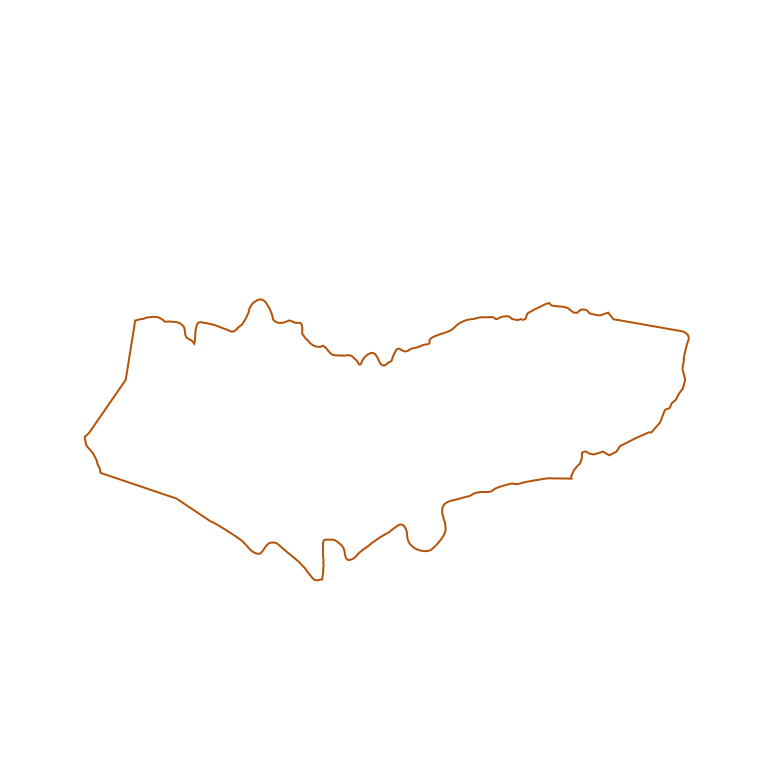 the district of Vige', Vieux Fort, Saint Lucia, rotated 153°
{"feature_id": "8701671B43089055128677", "entity_name": "Vige'", "entity_type": "district", "adm_level": 2, "iso_a3": "LCA", "parent_name": "Saint Lucia", "parent_adm1": "Vieux Fort", "projection": "albers", "projection_center": [-60.936, 13.786], "detail": "fine", "context": "isolated", "style": "outline", "palette": "amber", "viewbox_px": 768, "rotation_deg": 153, "n_neighbors": 0, "source": "geoboundaries", "source_scale": "gbopen_adm2", "svg_char_len": 6161}
<svg xmlns="http://www.w3.org/2000/svg" viewBox="0 0 768 768"><g transform="rotate(153 384 384)"><path d="M570.7,289.1L570.0,289.4L569.4,289.6L561.7,293.6L558.9,294.3L557.6,294.2L555.4,293.4L553.7,292.4L552.6,291.7L551.9,290.7L550.5,287.9L549.0,283.7L548.1,281.8L546.1,276.8L543.0,269.9L540.5,264.0L539.7,260.9L539.1,259.3L538.2,256.0L537.8,254.4L537.6,252.3L537.1,249.5L535.8,243.4L535.4,242.2L534.8,241.1L533.9,240.2L533.1,239.7L531.9,239.1L529.0,238.4L527.7,238.0L526.7,239.8L525.3,241.5L523.2,244.7L522.3,246.5L520.6,249.2L519.7,250.9L519.4,252.2L518.0,254.2L517.2,256.2L516.1,259.3L514.3,262.5L510.4,270.2L509.0,271.7L508.4,272.0L507.7,272.0L506.2,271.6L505.3,271.2L500.6,268.7L499.3,267.7L497.4,265.3L496.9,264.0L495.8,261.3L495.0,258.9L494.6,256.9L494.7,255.2L495.1,253.1L496.3,249.5L496.9,246.0L496.5,244.4L495.8,243.5L494.8,243.0L493.6,242.6L492.7,242.5L491.1,242.3L488.0,242.8L486.3,243.5L483.2,244.7L479.6,245.6L477.2,246.0L474.5,246.3L472.9,246.6L469.9,247.1L467.2,247.8L464.6,248.2L459.7,248.8L457.0,249.2L450.7,249.6L448.8,249.6L446.2,249.7L444.8,250.2L437.5,251.4L434.6,251.7L433.8,251.6L432.4,250.9L431.4,249.9L430.7,248.4L430.4,247.0L430.4,244.2L430.6,243.0L431.0,241.3L431.4,240.3L432.4,237.9L432.9,236.5L433.4,234.6L433.7,233.1L433.6,230.5L433.4,229.3L433.0,227.9L432.4,226.2L431.6,224.6L430.4,222.5L427.8,219.7L426.8,218.8L423.4,216.4L419.6,215.0L418.2,214.9L416.9,215.0L415.4,215.3L411.9,216.3L409.8,217.0L407.0,218.2L402.9,220.1L401.7,220.7L400.1,221.7L398.1,223.1L397.1,224.0L395.7,225.4L394.2,228.5L392.8,232.1L392.5,233.5L392.0,237.0L391.5,239.0L391.2,241.0L390.7,242.7L389.9,244.5L388.8,246.3L388.0,247.4L387.0,248.2L386.0,248.7L384.8,249.4L383.4,249.8L382.1,249.9L380.8,249.9L379.2,249.9L377.1,249.5L372.2,248.3L361.2,246.0L359.5,245.4L357.6,245.3L356.2,245.4L354.4,245.6L353.3,245.6L351.8,245.4L350.9,245.2L348.9,244.4L347.5,244.1L345.9,243.4L340.9,240.8L338.4,239.9L337.3,239.8L336.0,239.8L334.6,239.9L333.3,240.2L332.1,240.3L329.7,240.1L327.1,239.8L322.4,238.9L317.8,237.9L316.1,237.5L314.9,237.1L311.9,234.9L310.2,234.0L309.4,233.8L306.5,233.3L302.6,232.5L298.5,231.2L294.5,230.1L289.5,228.4L285.3,227.2L281.8,225.9L279.6,225.0L278.2,224.3L275.7,222.8L274.0,222.0L270.9,220.4L262.4,215.9L259.9,214.5L258.9,217.0L253.7,221.1L249.0,223.1L245.8,224.0L241.8,227.6L238.7,232.9L235.1,232.5L232.3,228.5L229.1,226.0L222.8,224.8L219.6,224.4L215.7,218.2L207.7,218.2L201.8,221.5L184.7,221.5L170.1,220.7L167.7,219.5L155.4,224.4L147.4,231.7L145.1,233.4L140.3,232.9L136.3,236.2L131.2,237.4L125.6,241.5L119.7,244.3L119.6,244.7L117.1,247.1L113.6,251.4L111.2,261.9L109.0,265.1L105.6,269.6L105.8,269.8L102.9,273.9L96.5,281.3L91.9,285.9L91.2,287.6L91.1,290.5L93.5,294.9L150.2,337.6L151.8,345.8L152.5,345.9L156.9,346.6L160.1,346.9L162.7,348.5L165.8,351.0L168.9,353.8L169.5,357.2L171.4,359.3L175.0,360.9L176.6,360.4L179.9,359.8L182.8,361.8L185.7,368.1L188.4,370.8L197.0,376.3L199.3,378.1L200.1,381.2L204.4,381.9L204.6,381.9L210.3,381.9L217.2,382.1L218.6,381.9L223.3,381.9L225.0,381.1L226.9,379.1L228.2,377.9L230.1,377.8L231.4,378.3L232.7,379.8L235.9,380.2L240.3,383.7L241.4,386.4L241.9,387.2L242.9,388.0L243.6,388.5L244.6,389.0L247.3,390.0L249.3,390.5L250.5,390.6L251.6,390.6L252.6,390.5L253.8,390.6L254.7,391.0L255.3,391.9L255.8,393.0L256.4,393.8L257.5,394.7L258.2,395.1L259.3,395.4L260.0,395.9L261.0,396.2L264.5,398.0L267.8,399.6L268.8,400.0L270.6,400.4L271.8,400.7L273.1,400.9L274.9,401.4L277.3,402.3L280.8,403.4L282.9,403.7L283.9,403.8L285.2,403.8L286.3,404.0L287.2,404.1L288.3,403.9L289.6,403.9L292.3,403.4L295.3,402.5L296.0,402.3L296.8,402.1L298.2,401.8L299.5,401.7L301.3,401.4L304.4,401.9L306.9,402.0L308.3,402.3L311.0,402.9L314.0,403.1L316.7,403.5L319.3,403.6L321.7,403.3L322.2,403.1L323.4,402.4L325.2,399.6L326.0,399.5L326.9,399.5L329.8,400.6L331.2,401.0L332.3,401.1L333.8,401.1L335.3,401.4L336.6,401.4L339.1,401.8L340.3,402.2L341.4,402.4L342.5,402.8L345.0,403.1L346.1,402.9L347.9,402.7L349.0,402.9L350.2,403.3L351.0,403.9L351.7,404.6L352.3,405.4L352.9,406.2L353.3,407.1L353.9,408.1L354.7,408.7L356.8,409.3L357.3,409.1L358.0,408.6L358.8,407.9L361.1,406.5L362.3,405.5L363.3,404.6L365.4,402.6L366.1,401.7L366.4,401.4L368.1,400.9L369.5,401.1L371.2,401.0L373.3,400.3L374.4,400.2L375.3,400.4L376.5,401.2L376.9,401.6L377.6,402.7L377.8,403.2L377.9,404.0L378.0,405.8L378.0,407.0L377.8,410.7L377.9,411.7L378.1,412.9L378.4,414.4L378.9,415.4L379.3,416.2L379.9,416.7L380.5,417.2L381.4,417.6L382.4,417.7L383.3,417.6L383.7,417.6L384.4,417.7L385.2,417.7L386.7,417.4L389.5,416.5L391.7,415.3L393.9,413.8L394.3,413.4L395.0,412.6L396.0,412.2L396.8,412.3L397.3,412.7L397.4,413.4L397.4,415.4L397.6,416.8L399.7,422.9L400.3,424.0L401.2,424.6L401.9,425.4L402.8,425.9L405.9,427.1L408.1,428.1L409.8,429.2L413.5,431.1L416.0,432.9L416.6,433.5L417.4,434.7L417.7,435.6L417.8,436.1L418.5,438.2L418.7,439.4L419.3,442.4L420.1,444.2L421.1,445.9L423.8,445.9L426.4,447.4L428.8,449.4L430.7,452.7L431.5,454.5L432.1,457.9L433.1,459.7L434.1,466.0L431.3,471.1L430.4,474.4L430.4,475.9L431.8,477.0L433.9,478.0L436.0,479.5L438.7,483.0L439.8,483.7L443.5,484.0L446.4,484.5L449.8,486.0L452.4,488.6L453.7,492.1L453.0,493.7L452.2,497.5L451.7,503.0L452.2,509.8L453.0,512.6L454.1,514.3L456.6,515.9L459.4,516.2L464.3,515.6L468.3,513.3L470.2,511.8L472.3,509.1L477.6,505.0L483.1,501.5L487.6,500.7L490.1,499.9L493.7,498.9L496.1,499.9L499.3,503.8L501.9,506.5L508.1,513.4L512.8,517.4L519.5,522.5L521.1,522.8L522.4,522.8L524.7,520.9L527.7,517.1L530.9,511.6L533.5,507.5L534.8,506.1L535.6,509.9L537.2,512.3L538.8,514.9L538.8,517.7L536.7,523.8L536.4,525.3L537.0,528.1L538.6,531.3L540.7,533.3L542.7,534.6L546.5,536.9L551.2,539.2L552.1,542.0L555.0,546.2L559.4,548.8L565.5,551.0L569.0,551.3L572.4,552.6L576.6,553.3L576.9,553.5L612.2,505.0L669.4,474.1L674.7,472.7L676.9,465.8L676.9,463.1L675.3,457.0L674.7,453.7L674.7,448.6L674.7,446.8L675.8,441.5L675.5,437.9L676.9,433.5L620.9,376.1L600.8,340.2L599.3,338.5L597.0,335.1L595.0,332.0L593.6,329.7L591.4,326.2L588.7,321.4L586.1,317.1L583.5,312.2L581.6,308.4L581.2,307.2L580.0,303.2L579.7,302.0L578.7,298.2L578.3,296.8L577.6,295.2L576.6,293.4L575.5,291.9L574.6,290.8L573.3,289.9L571.9,289.3L570.7,289.1Z" fill="none" stroke="#b45309" stroke-width="2"/></g></svg>